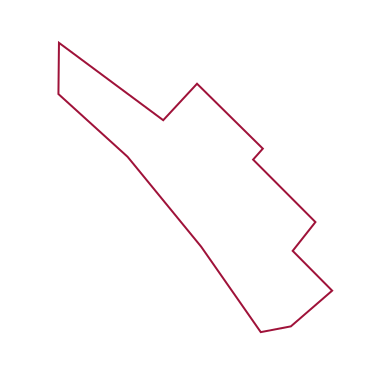 outline of Yangiyul city, Tashkent, Uzbekistan, rotated 278°
{"feature_id": "79887680B38656408263459", "entity_name": "Yangiyul city", "entity_type": "district", "adm_level": 2, "iso_a3": "UZB", "parent_name": "Uzbekistan", "parent_adm1": "Tashkent", "projection": "orthographic", "projection_center": [69.026, 41.087], "detail": "fine", "context": "isolated", "style": "outline", "palette": "rose", "viewbox_px": 384, "rotation_deg": 278, "n_neighbors": 0, "source": "geoboundaries", "source_scale": "gbopen_adm2", "svg_char_len": 330}
<svg xmlns="http://www.w3.org/2000/svg" viewBox="0 0 384 384"><g transform="rotate(278 192 192)"><path d="M299.9,181.9L259.1,153.5L321.2,39.5L270.4,46.1L217.9,123.3L139.1,208.7L62.8,279.6L72.7,308.6L113.8,344.5L147.7,299.9L179.4,318.4L232.6,248.0L244.8,256.1L299.9,181.9Z" fill="none" stroke="#9f1239" stroke-width="2"/></g></svg>